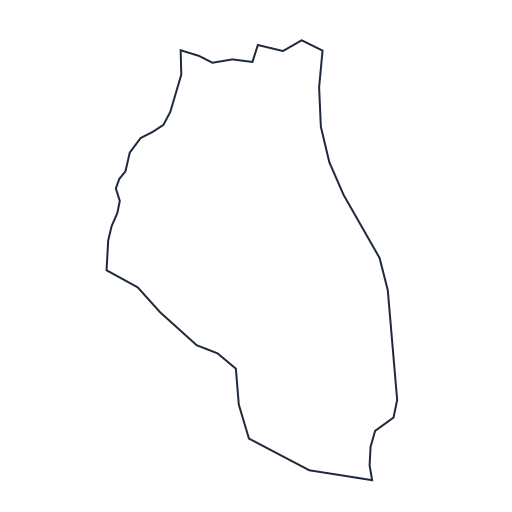 the border of Kamuli, rotated 183°
{"feature_id": "UGA-3069", "entity_name": "Kamuli", "entity_type": "District", "adm_level": 1, "iso_a3": "UGA", "parent_name": "Uganda", "parent_adm1": "", "projection": "orthographic", "projection_center": [33.145, 0.917], "detail": "fine", "context": "isolated", "style": "outline", "palette": "slate", "viewbox_px": 512, "rotation_deg": 183, "n_neighbors": 0, "source": "natural_earth", "source_scale": "10m", "svg_char_len": 688}
<svg xmlns="http://www.w3.org/2000/svg" viewBox="0 0 512 512"><g transform="rotate(183 256 256)"><path d="M404.5,233.9L404.4,263.8L401.8,278.1L396.7,291.7L394.9,303.8L399.5,316.1L396.6,325.8L390.8,333.7L387.5,352.6L377.4,367.8L365.9,374.4L355.3,382.1L349.1,395.5L340.1,433.2L342.0,457.5L323.3,452.8L309.6,446.7L289.9,451.1L269.7,449.6L265.2,466.8L239.8,462.1L221.7,473.8L200.3,464.6L201.8,427.7L198.0,388.5L187.7,353.5L171.8,321.7L132.5,260.5L122.6,228.7L107.5,119.6L110.2,101.9L127.9,87.6L131.6,71.5L131.6,52.9L128.3,38.2L191.6,44.8L253.5,73.3L265.4,106.7L270.2,142.4L289.2,156.7L310.6,163.8L348.7,194.7L372.5,218.5L404.5,233.9Z" fill="none" stroke="#1e293b" stroke-width="2"/></g></svg>